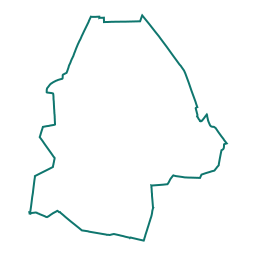 Cenei, Timis, Romania (Mercator projection)
{"feature_id": "2599482B59079858547145", "entity_name": "Cenei", "entity_type": "district", "adm_level": 2, "iso_a3": "ROU", "parent_name": "Romania", "parent_adm1": "Timis", "projection": "mercator", "projection_center": [20.902, 45.729], "detail": "fine", "context": "isolated", "style": "outline", "palette": "teal", "viewbox_px": 256, "rotation_deg": 0, "n_neighbors": 0, "source": "geoboundaries", "source_scale": "gbopen_adm2", "svg_char_len": 5554}
<svg xmlns="http://www.w3.org/2000/svg" viewBox="0 0 256 256"><path d="M226.7,143.4L224.0,139.9L223.5,139.0L221.4,136.3L219.3,133.4L218.3,132.0L215.6,128.0L214.4,127.2L214.0,126.9L213.6,126.8L212.9,126.8L212.0,126.7L211.0,126.3L210.3,125.6L209.8,124.8L209.5,124.0L208.8,122.4L208.6,121.9L208.5,121.7L208.4,121.2L208.1,120.7L208.1,120.4L207.9,119.8L207.9,119.3L207.6,118.4L207.5,117.7L207.3,117.1L207.2,116.4L207.1,115.6L207.1,115.1L206.8,114.5L205.6,116.0L204.0,118.2L202.0,120.7L201.5,121.1L201.1,121.2L200.6,121.3L200.3,121.2L200.6,120.7L200.2,120.6L199.8,120.4L198.8,119.2L198.2,118.1L197.6,117.0L197.5,116.5L197.1,116.4L197.4,115.3L197.4,114.7L197.0,113.3L196.5,111.3L195.8,108.7L195.7,108.2L195.9,107.9L196.2,107.7L196.7,107.4L197.0,107.2L197.3,107.1L196.2,104.0L195.5,101.7L191.4,90.5L188.7,82.6L185.9,75.0L185.3,73.4L184.0,70.5L183.5,69.8L181.4,66.8L180.9,66.0L179.5,64.5L176.6,60.5L173.3,56.0L167.7,48.2L166.7,46.8L163.4,42.4L159.9,37.7L159.0,36.4L155.2,31.7L149.1,23.9L142.2,15.4L142.1,15.6L140.1,21.3L123.8,21.7L119.9,21.7L111.6,21.8L107.7,22.0L106.3,22.0L104.0,22.1L104.0,21.2L103.9,18.9L103.9,17.7L102.2,17.8L100.7,17.8L99.5,17.8L99.3,17.9L99.3,16.7L98.4,16.7L94.9,16.9L93.8,16.9L91.2,16.8L90.9,16.7L89.4,19.9L88.8,21.2L88.7,21.7L84.0,31.3L82.6,34.3L81.8,35.9L81.1,37.6L80.3,39.4L79.4,41.0L78.4,43.2L77.9,44.2L77.7,44.7L77.0,46.4L76.2,48.3L75.7,49.6L74.9,51.8L74.4,52.9L73.9,54.4L73.6,55.1L73.4,55.9L72.9,56.8L72.8,57.1L72.6,57.5L71.7,59.3L70.9,61.2L70.5,62.4L69.7,64.2L69.4,64.7L69.0,65.7L68.8,66.2L68.7,66.7L68.6,67.2L68.4,67.8L68.3,68.1L67.8,69.5L67.6,70.1L67.5,70.4L67.4,70.6L67.2,71.3L66.5,72.9L65.2,73.5L63.1,74.6L62.9,74.8L62.7,75.2L62.7,75.8L62.7,76.8L62.6,78.2L62.5,78.5L62.2,78.8L61.8,78.9L61.0,79.1L60.2,79.3L57.9,80.0L56.8,80.5L55.9,80.8L54.8,81.4L54.0,81.8L52.9,82.4L52.2,82.9L51.6,83.3L51.4,83.3L50.4,84.2L50.1,84.4L49.9,84.7L49.2,85.6L48.0,87.2L47.3,88.0L47.0,88.6L46.9,89.2L46.8,89.4L46.7,90.7L46.7,91.2L46.7,92.2L46.7,92.3L46.8,92.4L47.2,92.5L47.6,92.6L48.6,92.7L50.9,93.0L51.2,93.0L51.7,93.1L52.9,93.4L53.1,93.6L53.2,94.0L53.3,94.5L53.4,95.4L53.4,95.8L53.5,96.8L53.5,97.8L53.5,98.7L53.6,99.8L53.7,100.9L53.8,101.7L53.8,102.3L53.8,102.7L53.9,103.8L53.9,104.5L54.0,106.0L54.1,108.5L54.2,109.6L54.3,111.0L54.3,111.3L54.3,111.7L54.3,112.2L54.4,112.5L54.4,113.5L54.5,114.2L54.6,114.8L54.6,115.6L54.7,116.4L54.7,118.0L54.8,119.0L54.8,120.2L54.9,121.7L54.9,122.3L55.0,123.3L55.0,123.7L55.0,123.8L55.0,124.3L55.0,124.5L54.3,124.8L52.8,125.1L50.4,125.5L48.8,125.9L46.5,126.2L42.9,126.9L42.3,128.9L42.1,129.5L41.5,131.3L40.8,133.6L40.2,135.7L39.7,137.1L42.5,140.9L44.4,143.7L45.6,145.4L49.6,151.0L51.8,154.1L52.9,155.7L53.5,156.6L54.0,157.2L54.4,157.5L54.5,157.6L54.5,158.3L54.6,158.5L54.5,159.0L54.4,159.5L54.3,159.9L54.2,160.3L54.1,160.8L54.0,161.3L53.9,162.0L53.8,162.4L53.7,162.9L53.5,163.7L53.4,164.6L53.2,165.1L53.1,165.5L53.1,166.0L53.0,166.4L52.9,167.0L48.8,169.1L45.4,170.8L41.6,172.7L34.9,176.1L34.9,176.4L35.0,176.5L34.4,180.4L33.2,190.1L32.9,192.9L32.2,197.1L31.7,201.3L31.0,206.8L30.3,211.5L30.2,212.1L29.3,212.2L29.4,212.6L29.6,213.5L30.0,213.4L30.2,213.5L30.2,213.3L30.3,213.1L30.3,213.3L30.5,213.4L31.3,213.1L31.7,213.0L32.4,212.9L33.1,212.8L33.5,212.8L34.2,212.7L34.8,212.6L35.7,212.5L36.1,212.6L36.7,212.7L36.8,212.9L37.1,213.0L37.4,213.2L37.9,213.4L38.3,213.5L38.9,213.7L39.1,213.8L38.8,213.8L39.3,214.0L39.8,214.2L40.2,214.4L40.6,214.5L41.0,214.7L41.5,214.9L42.2,215.2L42.6,215.3L42.8,215.4L43.2,215.6L44.5,216.1L44.8,216.2L45.1,216.4L45.2,216.5L45.6,216.7L46.0,216.9L46.7,217.0L47.0,217.1L48.2,216.5L48.4,216.3L48.5,216.3L49.4,215.7L50.6,214.8L51.2,214.4L52.0,213.9L52.9,213.2L53.4,213.1L54.0,212.6L54.4,212.5L54.8,212.2L55.6,211.9L56.1,211.5L56.7,211.2L57.3,210.8L57.7,211.0L58.6,211.7L59.0,212.1L60.0,212.1L60.1,212.4L60.3,212.6L63.3,215.1L65.2,216.8L68.8,219.8L70.6,221.3L72.6,222.9L74.5,224.4L77.6,226.9L78.5,227.6L81.9,230.4L83.4,230.6L88.1,231.3L88.5,231.5L89.3,231.7L102.2,233.9L105.8,234.5L106.0,234.5L106.4,234.7L106.6,234.8L107.0,234.8L108.3,234.8L109.7,235.0L110.5,234.8L112.0,234.4L113.9,234.0L119.3,235.2L120.8,235.6L122.7,236.0L123.2,236.1L124.2,236.4L124.9,236.6L125.2,236.7L129.2,237.6L129.9,237.7L130.0,237.9L130.3,237.6L130.6,237.5L132.0,237.9L135.9,238.8L137.5,239.2L143.7,240.6L144.0,239.8L144.1,239.7L144.4,238.3L144.9,236.9L145.1,236.3L145.4,235.0L145.7,234.1L147.1,229.8L147.6,228.1L148.2,226.3L149.1,223.4L149.7,221.4L149.9,221.0L149.9,220.7L150.0,220.4L150.2,220.0L150.4,219.1L150.6,218.5L150.8,218.1L150.9,217.6L151.1,217.1L151.3,216.5L151.4,216.0L151.7,214.9L151.8,214.3L152.1,212.9L152.1,212.4L152.2,211.8L152.3,211.0L152.4,210.5L152.6,209.8L152.7,209.3L152.9,208.6L153.1,208.1L153.3,207.7L153.0,207.5L152.4,200.0L152.1,196.8L152.0,195.9L152.0,194.7L152.0,194.0L151.9,193.0L151.8,192.5L151.8,192.0L151.7,191.0L151.7,190.1L151.6,188.8L151.6,188.3L151.5,187.6L151.4,187.3L151.4,187.1L151.5,186.7L151.4,186.0L151.3,185.4L151.7,185.5L154.9,185.3L162.8,184.7L167.5,184.2L168.7,182.4L169.9,180.0L170.5,178.9L172.8,175.9L173.3,175.4L173.5,175.5L175.9,176.1L178.9,176.5L182.4,177.0L184.7,177.4L189.2,177.6L190.7,177.6L200.0,177.9L200.9,175.9L201.5,174.6L205.9,173.1L209.6,172.0L211.7,171.3L213.7,170.8L214.1,170.7L214.6,170.4L214.8,170.1L215.3,169.4L215.9,168.7L216.3,168.2L217.1,167.1L217.9,166.2L218.3,165.8L218.7,165.3L218.8,164.7L218.8,164.2L219.8,158.7L220.7,154.0L221.5,150.2L222.0,150.0L222.6,149.6L222.8,149.4L223.2,149.2L223.4,148.9L223.6,148.5L223.8,147.9L223.9,147.3L224.0,146.1L224.0,144.7L224.1,144.3L224.3,144.1L226.7,143.4Z" fill="none" stroke="#0f766e" stroke-width="2"/></svg>